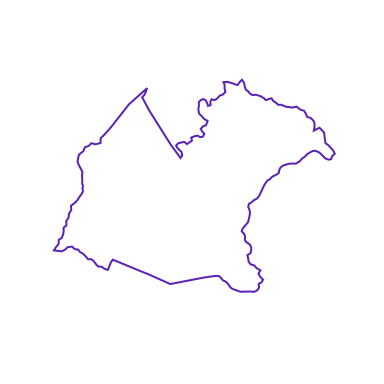 Nossa Senhora das Dores, Sergipe, Brazil, rotated 77°
{"feature_id": "56859067B89950771275901", "entity_name": "Nossa Senhora das Dores", "entity_type": "district", "adm_level": 2, "iso_a3": "BRA", "parent_name": "Brazil", "parent_adm1": "Sergipe", "projection": "albers", "projection_center": [-37.249, -10.461], "detail": "fine", "context": "isolated", "style": "outline", "palette": "violet", "viewbox_px": 384, "rotation_deg": 77, "n_neighbors": 0, "source": "geoboundaries", "source_scale": "gbopen_adm2", "svg_char_len": 2915}
<svg xmlns="http://www.w3.org/2000/svg" viewBox="0 0 384 384"><g transform="rotate(77 192 192)"><path d="M295.7,144.7L293.4,142.5L290.6,144.3L286.6,145.6L283.7,143.0L280.7,146.2L277.5,147.9L275.7,151.1L272.7,152.5L269.3,152.2L266.1,152.3L264.6,148.6L261.1,147.1L258.3,146.8L255.5,147.9L253.0,150.5L250.5,151.3L247.2,150.2L244.3,150.7L241.7,152.4L238.9,150.8L236.8,147.9L234.0,144.2L229.9,142.1L225.9,140.3L222.5,140.0L219.2,140.6L216.4,139.2L215.6,136.6L214.1,134.0L212.9,129.9L210.9,127.4L208.0,125.2L206.1,123.6L203.2,121.4L201.1,119.6L197.9,116.2L197.2,113.7L195.0,110.0L194.4,106.9L193.1,103.3L189.9,101.8L187.9,100.1L186.7,97.0L186.3,91.3L186.7,88.5L187.7,84.4L186.3,80.1L184.1,77.1L183.1,74.3L181.1,71.4L180.0,68.3L179.2,65.1L179.6,62.5L182.1,59.1L186.7,56.1L189.2,54.6L191.2,51.7L191.3,49.0L188.9,47.7L186.8,44.3L183.6,45.0L181.1,46.3L177.1,48.6L174.4,50.9L169.8,50.6L163.8,49.9L158.1,53.3L159.6,59.5L156.4,58.0L151.8,57.1L149.2,58.0L146.5,59.8L144.7,62.9L141.2,63.5L138.0,64.6L136.0,68.0L132.3,70.9L132.3,75.3L131.0,78.5L130.1,81.2L127.2,85.2L126.4,88.4L123.9,90.1L121.4,92.5L118.6,93.4L118.7,96.3L119.1,99.4L116.5,101.0L113.9,103.9L111.6,107.8L111.3,110.9L109.7,113.1L106.7,114.5L104.7,116.4L101.5,116.9L97.5,116.7L93.9,118.1L95.3,120.4L98.1,123.6L95.4,127.9L92.7,132.4L92.0,136.6L95.0,136.1L98.3,137.0L102.1,137.0L104.0,140.1L104.4,143.4L106.5,146.2L107.6,149.4L106.0,152.0L108.3,153.9L111.5,154.3L111.7,157.0L108.5,157.3L105.6,158.1L104.0,160.1L104.5,162.9L106.0,165.2L109.2,165.8L112.9,167.2L117.1,167.5L120.3,165.5L123.5,163.8L126.3,160.8L130.0,163.3L130.6,166.6L132.5,169.3L135.8,168.2L138.1,166.9L140.5,169.0L140.4,171.8L138.4,173.7L138.2,176.7L138.8,180.5L142.0,180.5L142.9,183.1L144.2,186.1L141.5,188.2L141.3,191.4L141.5,194.6L143.2,197.1L145.8,196.3L148.1,194.9L150.7,193.2L154.0,193.2L156.3,195.5L141.3,202.0L131.6,205.4L111.7,212.3L101.9,215.7L88.5,219.2L86.4,216.2L80.7,212.3L92.3,233.6L101.9,245.5L111.0,256.8L116.5,264.6L119.1,268.9L123.7,270.1L123.8,275.4L121.8,279.0L123.8,282.2L124.4,286.4L127.6,288.5L130.2,293.8L134.2,295.7L136.6,296.7L139.3,296.4L148.0,294.2L151.4,295.6L155.4,296.1L159.1,297.1L161.6,296.9L164.1,298.0L166.8,298.0L169.5,300.4L171.3,302.6L173.9,305.2L175.5,307.5L176.8,309.8L178.2,313.0L182.5,313.7L185.3,316.6L189.3,318.1L192.1,321.1L196.2,321.8L197.9,325.1L201.7,326.0L204.3,327.1L207.5,329.3L208.6,332.6L212.6,333.6L215.0,336.8L217.8,339.7L220.5,332.7L219.7,328.8L217.8,325.6L218.2,321.2L221.4,319.0L222.4,316.0L225.0,314.8L228.1,311.7L231.3,309.8L234.1,308.5L234.8,305.3L236.9,303.5L239.7,302.3L243.4,300.3L244.5,296.7L247.1,294.6L249.0,291.5L242.6,287.1L240.1,284.4L258.2,259.0L261.7,253.8L276.8,233.9L278.0,200.3L279.0,188.0L279.9,184.7L282.2,183.1L285.1,181.7L286.8,179.4L289.8,177.5L293.8,175.9L295.7,174.1L297.8,170.8L300.0,167.5L302.0,158.0L303.3,153.9L302.5,150.7L300.3,148.2L296.4,147.6L295.7,144.7Z" fill="none" stroke="#5b21b6" stroke-width="2"/></g></svg>